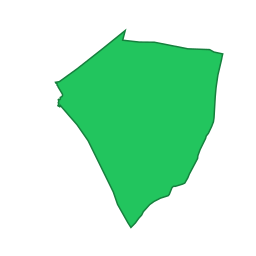 outline of YobokiI, Dikhil, Djibouti, rotated 194°
{"feature_id": "41766387B74076707162819", "entity_name": "YobokiI", "entity_type": "district", "adm_level": 2, "iso_a3": "DJI", "parent_name": "Djibouti", "parent_adm1": "Dikhil", "projection": "equal_earth", "projection_center": [42.146, 11.584], "detail": "fine", "context": "isolated", "style": "filled", "palette": "green", "viewbox_px": 256, "rotation_deg": 194, "n_neighbors": 0, "source": "geoboundaries", "source_scale": "gbopen_adm2", "svg_char_len": 1100}
<svg xmlns="http://www.w3.org/2000/svg" viewBox="0 0 256 256"><g transform="rotate(194 128 128)"><path d="M101.1,32.2L97.8,37.8L96.6,40.9L95.6,43.3L93.7,46.8L92.9,50.5L88.4,59.0L84.9,63.1L80.3,67.1L79.7,67.7L72.7,72.0L71.9,73.5L70.9,80.8L69.8,82.4L67.9,82.9L61.6,86.7L61.3,86.9L59.6,88.3L57.9,94.1L57.3,98.5L57.1,99.1L53.1,115.3L53.5,117.9L53.4,119.0L52.8,124.6L50.2,136.6L50.2,139.0L48.7,142.4L47.2,149.8L46.9,152.4L46.6,154.5L47.0,158.6L50.9,179.3L52.0,186.3L52.4,189.0L53.6,201.1L53.8,216.9L54.0,220.4L54.0,221.0L54.0,222.8L63.0,222.5L67.8,223.8L89.1,219.3L123.1,217.6L137.8,214.1L154.4,211.9L154.3,221.9L172.0,198.5L191.7,173.1L205.9,156.3L209.4,154.8L208.8,154.1L207.6,153.8L207.1,152.3L206.2,151.8L205.7,150.9L199.8,145.0L199.4,143.8L199.7,142.5L201.1,141.3L200.6,139.7L201.0,139.1L202.3,139.0L202.5,138.5L202.0,138.1L201.6,136.5L201.8,135.5L201.5,135.3L201.0,134.6L201.4,132.7L200.8,132.4L200.0,133.0L199.5,132.1L199.1,132.3L198.9,133.4L198.4,133.0L187.5,125.3L178.3,118.9L163.7,106.1L126.8,62.4L119.6,51.3L105.1,36.0L101.1,32.2Z" fill="#22c55e" stroke="#15803d" stroke-width="1.5"/></g></svg>